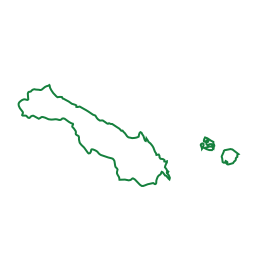 the Prefecture of Shimane, rotated 72°
{"feature_id": "JPN-1824", "entity_name": "Shimane", "entity_type": "Prefecture", "adm_level": 1, "iso_a3": "JPN", "parent_name": "Japan", "parent_adm1": "", "projection": "natural_earth1", "projection_center": [132.68, 35.321], "detail": "fine", "context": "isolated", "style": "outline", "palette": "green", "viewbox_px": 256, "rotation_deg": 72, "n_neighbors": 0, "source": "natural_earth", "source_scale": "10m", "svg_char_len": 4257}
<svg xmlns="http://www.w3.org/2000/svg" viewBox="0 0 256 256"><g transform="rotate(72 128 128)"><path d="M62.8,189.6L63.2,189.4L65.6,189.7L68.2,189.3L71.7,188.3L74.2,187.1L75.5,186.5L76.9,185.6L77.3,183.4L77.6,182.6L78.1,181.3L79.8,181.0L80.2,180.3L82.0,178.6L84.5,176.2L87.6,173.9L89.5,171.2L90.5,170.2L92.0,170.6L92.5,169.3L92.7,167.3L96.4,163.9L98.0,162.4L100.0,160.7L104.5,157.2L106.1,155.2L108.7,154.6L110.4,153.9L112.2,152.5L113.0,149.7L115.3,147.9L117.1,146.6L117.8,145.7L117.6,144.6L118.8,143.2L119.3,141.8L123.8,138.2L126.0,136.4L128.6,135.2L128.8,134.0L130.2,133.5L132.1,132.5L135.6,131.4L137.0,130.5L138.0,128.7L138.9,127.2L139.5,124.7L139.7,123.1L139.7,121.8L139.5,120.5L138.1,119.8L136.4,118.6L135.8,117.5L136.7,116.6L138.3,116.4L140.3,115.8L141.8,115.8L144.3,115.8L145.4,115.6L145.9,115.1L145.1,114.4L143.7,113.7L144.5,113.5L145.7,113.1L147.5,112.8L149.7,111.4L152.3,110.4L154.4,109.9L158.8,109.7L160.6,109.2L162.4,109.3L162.7,107.0L164.1,106.7L165.8,107.1L167.3,106.6L168.0,105.1L168.7,104.0L169.7,103.3L171.0,103.8L171.7,102.6L171.7,101.3L172.8,101.7L173.9,102.9L175.6,104.3L176.7,105.0L179.3,104.1L180.6,104.0L182.0,103.1L182.4,103.5L181.8,104.5L182.2,104.8L183.1,104.9L183.6,104.6L185.2,103.9L186.7,103.7L188.4,103.6L189.7,104.5L188.7,105.1L187.7,105.4L186.7,105.9L185.5,106.2L184.5,107.5L184.2,107.5L180.8,108.7L180.5,109.0L180.1,109.4L180.4,109.8L180.7,110.1L181.6,110.8L181.9,111.1L182.1,111.5L182.3,111.9L182.5,112.7L182.6,113.2L183.3,114.4L183.9,115.1L185.9,116.7L186.8,117.3L189.1,118.2L189.3,118.4L189.5,118.6L189.7,118.9L189.8,119.4L189.6,119.9L189.0,120.4L188.6,120.6L188.3,120.8L188.1,121.5L187.6,126.7L187.8,129.9L187.8,131.6L187.3,132.9L185.6,134.2L179.2,137.3L178.2,138.1L177.4,138.9L177.5,139.9L178.0,140.8L178.2,141.9L178.0,143.5L176.1,146.9L174.6,152.1L172.2,151.7L168.9,152.4L167.7,152.5L166.5,152.1L164.3,150.8L163.3,150.9L161.2,151.9L160.1,151.9L155.2,151.1L153.5,151.5L152.4,152.1L151.6,153.2L150.0,155.8L145.3,162.1L144.0,163.2L142.8,163.8L141.2,164.4L140.2,165.1L139.3,165.9L137.8,167.6L137.3,168.5L137.1,169.0L137.2,169.5L137.7,169.9L138.7,170.4L139.6,171.2L140.2,172.1L140.0,173.3L139.2,173.8L133.0,175.8L129.8,177.5L128.0,178.2L127.0,178.5L123.9,178.2L122.8,177.9L121.7,177.5L120.5,177.5L119.7,178.1L118.8,179.0L117.9,179.5L117.0,179.4L116.1,178.9L114.9,178.7L111.5,179.7L110.1,180.5L109.1,180.5L108.4,179.9L107.8,179.2L106.9,179.1L106.4,179.9L105.4,181.0L103.8,182.4L99.6,185.4L98.9,186.5L98.7,187.6L99.3,188.8L99.4,190.0L99.1,190.9L97.9,192.8L97.3,194.1L97.0,195.4L96.7,197.0L96.2,198.6L95.1,200.9L92.7,203.5L91.5,205.2L90.9,206.4L91.1,207.7L91.4,208.5L91.6,210.0L87.1,214.2L86.8,215.3L87.0,216.8L87.5,217.6L87.8,218.1L87.9,218.9L87.6,219.4L87.2,219.9L85.1,220.9L84.8,221.2L84.5,221.8L84.0,223.4L83.6,224.4L83.1,224.7L82.4,224.3L81.6,223.5L80.6,223.1L79.7,223.3L75.8,224.7L73.3,225.0L71.9,224.8L70.9,224.4L70.1,223.6L69.6,222.7L69.1,221.4L68.7,220.1L68.6,219.0L68.6,218.0L68.9,217.2L70.2,215.1L70.2,214.6L69.9,214.0L64.4,212.7L63.3,211.9L63.0,211.0L63.2,210.1L63.2,209.0L62.5,207.9L62.1,206.4L62.2,205.1L63.0,203.7L64.2,200.7L64.6,200.1L64.9,199.2L64.9,198.3L63.6,195.0L63.3,194.1L63.1,192.6L63.1,191.8L63.2,190.6L63.1,190.2L62.8,189.6ZM192.7,37.4L193.9,39.0L193.7,43.7L193.3,44.7L192.2,45.3L191.7,44.2L191.0,44.1L190.3,44.6L189.6,45.3L190.5,46.0L190.8,46.9L190.5,47.8L189.6,48.5L189.0,48.4L186.0,47.8L184.3,47.8L183.8,47.5L180.2,44.3L179.4,43.9L179.0,43.0L179.7,37.1L180.7,35.3L187.0,31.0L187.1,32.1L187.7,32.5L188.5,32.7L189.2,32.9L189.4,33.3L189.6,34.1L189.9,34.5L190.3,34.9L191.3,35.2L191.7,35.5L192.2,36.1L192.5,37.0L192.7,37.4ZM170.4,51.3L171.4,51.4L171.4,52.3L171.3,53.0L170.2,53.2L169.1,53.7L168.6,55.4L168.8,56.4L169.0,57.1L169.0,57.6L168.1,58.2L167.4,58.4L166.7,58.1L166.2,57.7L166.0,57.3L166.0,56.4L165.8,55.9L165.4,55.7L164.7,55.7L163.9,56.2L164.2,57.2L165.0,58.9L164.3,59.9L163.3,59.7L162.0,58.8L160.8,57.6L162.3,55.7L165.8,52.9L167.6,51.1L169.0,51.6L170.4,51.3ZM174.0,53.1L175.0,55.0L174.1,57.5L172.3,59.9L170.7,61.5L170.7,58.7L170.9,55.9L171.8,53.7L174.0,53.1ZM165.6,62.1L166.5,61.1L168.1,61.6L169.8,62.9L170.7,64.1L169.7,63.9L166.8,64.1L166.3,63.9L165.9,63.4L165.7,62.7L165.6,62.1ZM171.6,52.3L171.8,51.8L173.4,52.7L171.8,53.1L171.6,52.3Z" fill="none" stroke="#15803d" stroke-width="2"/></g></svg>